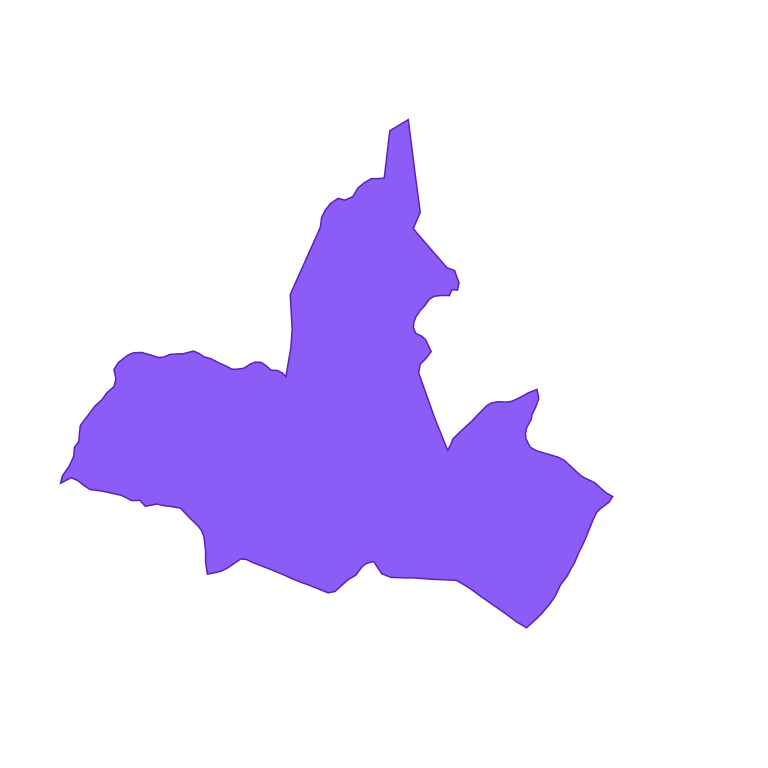 the district of Várzea Branca, Piauí, Brazil, rotated 26°
{"feature_id": "56859067B57465837137566", "entity_name": "Várzea Branca", "entity_type": "district", "adm_level": 2, "iso_a3": "BRA", "parent_name": "Brazil", "parent_adm1": "Piauí", "projection": "mercator", "projection_center": [-42.923, -9.288], "detail": "fine", "context": "isolated", "style": "filled", "palette": "violet", "viewbox_px": 768, "rotation_deg": 26, "n_neighbors": 0, "source": "geoboundaries", "source_scale": "gbopen_adm2", "svg_char_len": 2450}
<svg xmlns="http://www.w3.org/2000/svg" viewBox="0 0 768 768"><g transform="rotate(26 384 384)"><path d="M133.5,577.0L136.8,584.8L137.1,595.6L135.2,607.7L136.8,614.9L143.8,605.5L150.7,605.0L159.1,606.8L165.9,607.7L177.7,603.8L196.8,599.2L208.4,599.4L215.6,595.6L223.1,598.6L232.4,591.5L240.0,589.7L246.5,587.4L255.6,584.8L266.4,589.0L279.0,593.1L283.6,595.3L289.0,600.0L297.2,612.8L301.3,621.6L305.7,628.1L308.6,632.3L315.8,626.9L319.8,623.5L323.6,618.6L328.3,610.5L331.9,604.1L337.3,602.0L343.8,602.0L354.9,601.1L364.6,600.3L374.3,599.7L382.5,599.4L396.3,598.7L403.2,597.8L425.3,596.2L430.9,592.0L434.7,582.3L437.8,575.2L442.5,568.2L443.5,562.2L444.6,557.2L447.3,552.5L452.5,548.1L465.1,555.5L474.9,554.8L489.3,548.4L494.4,545.8L514.1,537.9L528.2,531.7L535.3,528.7L548.7,529.8L556.3,531.0L563.6,532.4L594.9,537.3L608.1,539.8L619.0,540.6L623.6,529.1L626.3,521.5L629.6,508.4L630.9,499.5L630.7,487.1L632.8,476.6L633.1,467.4L633.6,461.1L632.9,449.5L633.1,442.7L632.8,433.7L631.4,413.4L631.4,406.5L633.1,401.2L638.0,391.8L638.8,384.9L631.0,384.4L623.8,382.4L616.5,380.3L604.6,380.5L599.4,379.6L579.5,373.6L573.1,373.4L567.9,374.2L550.3,377.2L542.9,376.6L535.4,370.8L532.9,366.4L531.4,360.7L531.8,351.3L530.4,346.0L530.5,338.2L529.5,329.2L523.9,321.8L517.6,328.6L512.6,335.9L506.5,343.5L501.6,346.8L494.2,349.9L489.0,353.9L486.0,358.1L482.2,369.2L479.2,378.8L473.2,394.1L470.0,403.2L470.5,408.4L470.2,415.6L444.4,392.3L410.2,358.7L407.9,350.5L410.7,341.9L412.2,334.2L402.0,325.9L396.9,324.5L390.2,324.5L385.8,320.6L383.8,315.7L383.3,309.3L384.4,301.9L386.3,295.5L387.6,288.1L390.7,283.1L396.9,279.2L404.0,275.9L403.7,269.5L408.9,267.4L407.0,260.0L401.8,255.2L397.8,251.1L389.6,251.9L347.4,233.9L342.2,231.5L341.3,213.8L320.4,182.3L289.9,135.7L278.2,153.9L293.9,198.7L289.6,201.5L282.5,205.0L277.9,212.1L274.7,219.1L273.8,229.3L268.3,235.9L261.3,237.3L256.9,245.0L255.0,253.5L254.9,261.6L258.0,270.7L258.3,276.5L260.5,344.7L277.6,375.3L284.4,392.3L292.6,420.5L287.9,418.6L282.0,418.6L276.5,421.1L270.7,419.4L264.1,418.4L258.5,420.8L255.0,424.9L251.2,431.1L245.5,435.1L240.8,437.4L235.2,437.1L225.5,437.4L217.7,437.1L210.4,438.5L204.1,437.6L198.4,437.9L190.0,445.0L185.5,447.3L178.7,451.2L174.2,456.4L169.7,459.1L162.9,460.0L152.3,461.9L145.5,465.5L141.4,469.9L135.9,480.8L134.9,489.3L140.8,496.8L142.5,504.4L138.7,513.6L137.5,521.5L134.0,530.1L129.2,554.4L131.9,561.9L134.9,569.4L133.5,577.0Z" fill="#8b5cf6" stroke="#5b21b6" stroke-width="1.5"/></g></svg>